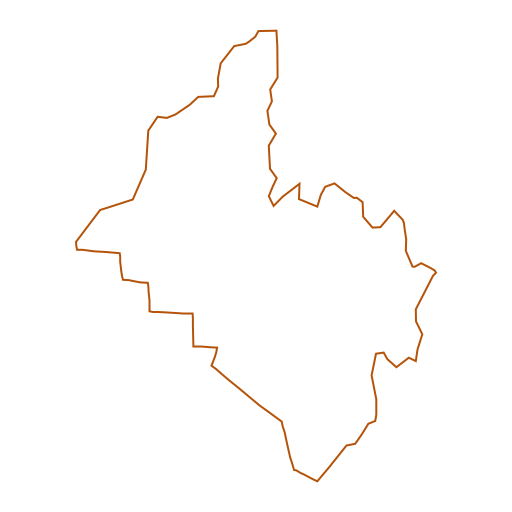 Al-Namaniya, Wasit, Iraq (Equal Earth projection)
{"feature_id": "34846034B89044527210900", "entity_name": "Al-Namaniya", "entity_type": "district", "adm_level": 2, "iso_a3": "IRQ", "parent_name": "Iraq", "parent_adm1": "Wasit", "projection": "equal_earth", "projection_center": [45.52, 32.446], "detail": "fine", "context": "isolated", "style": "outline", "palette": "amber", "viewbox_px": 512, "rotation_deg": 0, "n_neighbors": 0, "source": "geoboundaries", "source_scale": "gbopen_adm2", "svg_char_len": 1822}
<svg xmlns="http://www.w3.org/2000/svg" viewBox="0 0 512 512"><path d="M317.3,481.3L331.3,464.7L331.0,464.9L346.5,445.5L354.1,444.0L355.2,443.8L361.9,434.2L368.3,423.8L375.2,421.0L376.3,414.8L376.3,399.3L371.6,375.4L376.0,353.7L383.7,352.6L387.3,359.1L396.4,367.2L408.8,357.7L415.8,361.1L417.5,349.5L422.3,334.3L416.0,321.4L415.8,309.3L419.5,302.1L433.0,275.8L436.0,272.7L434.7,270.5L430.9,268.2L421.2,263.2L414.6,266.8L412.5,266.6L405.8,250.8L406.2,239.3L404.9,230.9L404.8,230.3L403.9,222.8L402.7,219.8L394.2,210.8L380.4,227.2L372.5,227.6L363.2,216.8L362.6,202.1L356.7,197.7L353.9,198.0L345.2,192.0L334.5,183.4L325.2,186.8L320.9,194.7L317.3,206.6L299.0,199.1L299.5,183.8L282.9,196.5L273.6,205.9L268.8,196.2L272.8,186.4L276.7,178.2L270.8,169.9L270.0,168.8L268.8,145.6L275.9,133.6L269.4,124.6L267.4,110.8L271.9,101.4L270.2,89.5L277.6,77.5L277.3,45.7L276.4,30.7L266.5,30.9L258.4,31.1L255.3,36.7L249.1,41.6L245.8,43.8L234.2,46.1L220.7,63.3L217.9,78.6L218.2,86.5L213.9,96.2L198.2,96.9L189.7,104.8L175.4,114.5L166.9,117.9L157.6,116.8L148.3,130.6L145.8,169.6L132.8,199.5L124.8,202.1L105.6,208.3L100.1,210.0L76.0,241.9L76.3,245.7L77.1,249.8L82.5,249.8L85.0,250.1L93.7,251.3L105.9,252.0L119.7,253.2L120.2,256.5L120.2,261.8L121.3,271.5L122.1,276.3L123.0,279.8L128.6,280.1L140.2,282.4L147.8,282.8L148.4,286.9L148.6,291.8L149.5,300.4L149.5,311.3L153.1,312.0L157.9,312.0L166.1,312.4L183.0,313.5L192.6,313.5L192.9,318.4L192.9,325.5L193.4,346.5L195.7,346.5L201.1,346.5L210.9,347.3L217.1,347.6L216.3,352.1L215.1,356.3L211.5,365.7L216.0,369.0L222.5,374.7L227.8,379.2L231.7,382.4L239.7,388.9L246.1,394.2L248.7,396.4L260.0,405.8L269.9,412.9L281.7,421.6L282.6,426.1L284.8,432.8L286.5,441.1L290.2,457.6L291.6,461.7L294.1,470.0L296.4,470.4L300.6,473.0L304.0,474.5L311.9,478.7L317.3,481.3Z" fill="none" stroke="#b45309" stroke-width="2"/></svg>